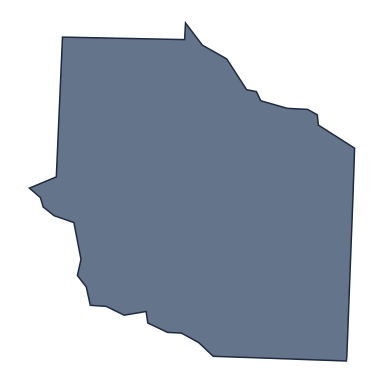 Gibson, Tennessee, United States of America (Albers equal-area conic projection)
{"feature_id": "52423323B84989214455528", "entity_name": "Gibson", "entity_type": "district", "adm_level": 2, "iso_a3": "USA", "parent_name": "United States of America", "parent_adm1": "Tennessee", "projection": "albers", "projection_center": [-88.965, 36.007], "detail": "fine", "context": "isolated", "style": "filled", "palette": "slate", "viewbox_px": 384, "rotation_deg": 0, "n_neighbors": 0, "source": "geoboundaries", "source_scale": "gbopen_adm2", "svg_char_len": 534}
<svg xmlns="http://www.w3.org/2000/svg" viewBox="0 0 384 384"><path d="M213.2,356.3L346.3,361.0L346.8,357.1L353.0,195.9L354.6,148.2L318.4,125.1L317.3,114.8L307.6,109.4L287.1,108.3L260.8,100.8L256.4,91.6L246.6,89.7L226.8,59.0L202.4,45.2L185.5,23.0L184.6,39.6L62.5,37.1L56.3,176.9L29.4,188.1L40.4,197.6L43.2,207.0L54.1,215.7L73.9,222.6L81.0,259.4L77.4,275.5L86.3,287.0L90.3,305.3L106.2,306.4L124.2,315.2L146.1,311.5L147.8,323.0L167.5,332.4L181.4,333.1L198.7,342.6L213.2,356.3Z" fill="#64748b" stroke="#1e293b" stroke-width="1.5"/></svg>